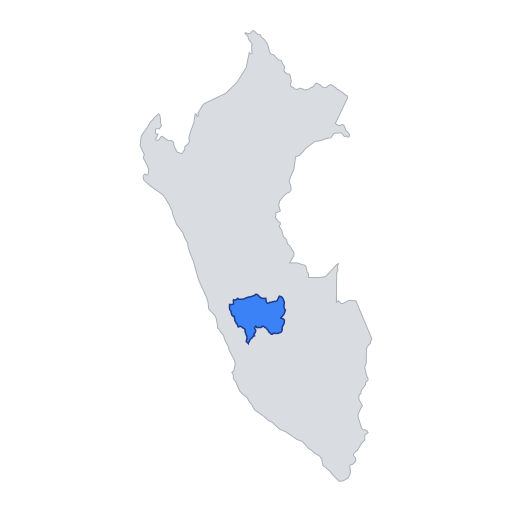 Peru, with Junín highlighted
{"feature_id": "PER-590", "entity_name": "Junín", "entity_type": "Department", "adm_level": 1, "iso_a3": "PER", "parent_name": "Peru", "parent_adm1": "", "projection": "equal_earth", "projection_center": [-74.886, -11.684], "detail": "fine", "context": "in_parent", "style": "filled", "palette": "blue", "viewbox_px": 512, "rotation_deg": 0, "n_neighbors": 0, "source": "natural_earth", "source_scale": "10m", "svg_char_len": 7319}
<svg xmlns="http://www.w3.org/2000/svg" viewBox="0 0 512 512"><path d="M349.5,134.9L349.3,136.5L347.8,137.3L346.5,136.1L344.4,136.5L341.4,132.7L334.1,133.3L330.9,137.7L326.1,138.6L320.8,140.6L314.8,141.5L305.5,148.5L303.3,151.4L299.1,155.5L295.6,156.8L293.9,169.5L290.5,176.9L289.2,181.0L291.0,187.1L291.0,190.1L289.1,192.5L287.5,192.8L284.3,195.4L279.6,201.0L278.7,205.3L280.3,211.0L279.7,211.6L275.8,212.7L275.9,215.9L275.1,217.1L278.4,221.6L280.3,222.7L280.4,223.8L280.0,225.0L279.3,225.5L279.2,226.5L281.6,229.9L283.4,236.6L286.8,239.9L286.9,242.1L287.9,244.2L289.7,245.8L293.9,252.6L294.0,255.7L289.6,262.9L296.8,262.9L304.8,265.3L305.9,266.5L306.8,269.7L306.9,271.9L308.5,273.6L308.4,277.5L318.9,277.6L325.6,276.6L336.7,264.6L338.4,263.6L337.5,266.2L337.4,268.1L337.9,270.1L336.7,273.1L336.4,302.3L338.4,300.7L341.0,303.5L342.8,303.6L348.9,300.3L355.9,300.9L371.9,338.9L370.4,341.5L370.5,343.5L368.5,345.1L366.5,348.2L366.2,363.3L364.6,367.9L365.5,370.2L366.3,375.0L367.8,377.9L368.1,379.8L368.0,380.5L365.7,382.1L365.5,384.8L361.4,390.2L360.7,393.8L359.1,395.0L358.8,399.1L362.4,405.8L360.0,409.8L357.8,415.7L361.4,428.0L362.9,429.8L364.5,429.7L366.9,430.8L368.1,432.6L365.1,434.9L364.7,436.0L364.8,440.0L361.6,443.1L357.2,450.8L356.0,451.2L353.8,453.6L353.4,454.7L353.7,455.8L355.6,458.1L355.8,461.0L352.6,464.4L350.4,464.8L349.6,465.8L350.4,470.5L350.4,472.7L349.7,475.2L348.1,477.9L343.4,480.8L339.2,481.3L332.1,474.2L329.9,471.3L322.8,465.2L321.7,458.9L319.4,455.8L315.0,453.5L311.5,450.3L308.9,448.8L302.5,441.6L296.7,439.3L285.7,431.8L279.8,429.3L272.2,422.3L268.1,420.4L264.9,417.1L254.9,410.1L253.3,407.8L251.8,404.4L249.6,402.3L247.1,397.6L243.4,394.8L239.8,391.1L235.4,381.2L233.4,378.9L233.2,374.4L231.8,372.3L233.9,370.8L235.2,363.8L234.5,360.2L229.4,350.8L228.4,346.8L224.7,339.6L223.4,335.2L220.4,332.0L219.2,329.2L217.5,328.1L217.4,324.7L216.2,318.3L214.6,315.1L208.7,309.1L208.1,302.6L206.8,298.0L198.5,279.6L193.6,261.9L189.6,252.0L187.9,246.3L187.8,243.3L184.8,238.1L183.2,233.3L176.4,224.0L172.5,213.7L172.0,210.6L169.3,205.0L165.0,197.6L162.8,194.7L149.9,185.6L143.8,180.0L143.1,177.2L143.4,175.5L144.7,173.9L146.6,175.1L147.7,174.6L148.6,172.6L148.6,169.5L147.4,165.6L143.3,157.9L144.3,154.5L140.1,145.6L141.1,137.0L142.0,134.8L148.2,126.1L150.0,122.3L152.6,120.0L155.4,116.5L158.7,113.8L159.6,114.7L160.6,119.4L160.4,122.5L161.4,126.0L159.1,129.1L156.6,128.5L155.7,129.2L155.3,130.7L155.7,133.1L156.3,134.1L158.2,134.2L155.7,138.8L155.9,139.7L157.6,140.5L159.3,139.3L161.1,136.7L162.1,136.3L168.4,140.8L171.4,140.3L173.6,142.4L173.9,145.6L177.0,152.0L181.7,153.6L182.5,153.0L183.6,150.7L184.6,150.3L184.8,146.7L188.9,142.9L189.5,140.4L188.9,138.5L189.0,137.1L191.4,128.7L192.1,127.8L192.8,125.1L193.8,123.5L195.1,114.0L196.3,114.1L197.3,116.3L198.6,115.7L197.9,113.6L198.1,112.9L202.6,105.3L204.0,103.7L225.8,93.3L236.7,82.7L246.2,67.7L249.2,52.6L250.3,53.7L252.2,53.3L251.5,47.2L252.0,44.3L251.9,43.5L248.9,39.8L247.7,35.9L245.1,33.6L245.2,32.7L248.0,33.6L250.5,33.2L252.6,30.7L254.2,30.9L257.8,34.4L260.4,34.7L261.3,37.1L263.8,38.9L267.5,44.1L269.1,49.8L269.0,50.8L270.6,53.8L274.2,55.2L277.7,59.4L281.4,60.7L283.0,64.5L284.0,65.7L284.5,67.8L283.9,70.4L284.5,71.7L287.2,74.0L289.5,74.1L290.0,75.1L291.3,81.4L290.4,84.5L290.8,86.3L293.8,87.8L294.7,89.1L297.1,89.4L300.5,88.1L304.8,90.0L308.0,89.3L309.5,88.8L311.1,87.4L312.3,87.5L315.7,83.5L316.6,83.1L320.2,84.9L323.2,87.7L326.9,87.1L328.4,85.5L331.1,84.5L335.9,87.8L337.0,89.4L338.3,89.7L343.5,93.1L344.4,94.4L347.1,95.7L347.7,96.8L347.5,98.0L335.3,123.6L339.1,125.7L342.6,124.4L344.4,126.1L345.8,130.2L348.5,133.0L349.5,134.9Z" fill="#d9dde1" stroke="#a8b0b8" stroke-width="1"/><path d="M285.4,310.0L285.2,310.7L284.4,313.1L283.3,315.1L281.6,317.0L281.0,317.5L280.9,317.6L280.8,317.8L280.8,318.1L281.1,318.3L281.5,318.3L281.9,318.4L282.6,318.8L283.2,318.9L283.4,319.1L283.7,319.3L284.2,319.8L284.3,320.0L284.4,320.4L284.4,320.6L284.4,321.1L284.1,323.2L284.1,323.4L282.3,326.9L282.2,327.1L282.1,327.6L282.1,327.8L282.2,328.9L282.2,329.4L282.1,329.9L282.0,330.5L281.6,331.4L281.5,331.6L281.3,331.9L281.1,332.1L280.4,332.5L278.2,333.3L277.6,333.4L275.7,333.4L274.9,333.5L274.7,333.5L274.5,333.4L274.2,333.2L273.9,333.0L273.7,333.0L273.4,333.2L273.2,333.4L272.7,334.0L272.1,334.3L271.8,334.3L271.0,334.0L270.8,333.9L270.7,333.7L270.4,333.4L270.1,333.1L269.8,332.6L269.7,332.5L269.5,332.3L268.8,332.0L268.7,331.9L268.6,331.7L268.5,331.2L268.4,330.9L268.3,330.7L268.0,330.2L267.0,329.2L265.8,327.7L265.7,327.6L265.0,327.6L264.2,326.7L263.8,326.5L263.4,326.4L262.6,326.2L262.3,326.2L262.2,326.3L262.1,326.5L261.8,327.1L261.7,327.2L261.6,327.3L260.7,327.6L260.3,327.6L260.0,327.6L259.8,327.5L259.6,327.4L259.3,327.3L259.0,327.3L258.3,327.6L257.9,327.7L257.6,327.7L257.3,327.7L257.0,327.5L256.7,327.4L256.4,327.1L256.0,326.3L255.9,326.2L255.7,326.1L255.4,326.4L255.3,326.7L255.3,326.9L255.2,327.0L254.7,327.5L254.6,327.9L254.6,328.1L254.6,328.4L254.7,328.6L254.9,329.0L255.4,329.5L255.5,329.6L255.6,329.9L255.6,330.1L255.7,330.7L255.7,331.0L255.6,331.3L255.0,332.9L254.9,333.1L254.8,333.3L254.6,333.5L254.2,333.6L253.9,333.7L253.8,333.8L253.8,334.1L254.0,334.6L254.1,335.2L254.1,335.3L254.3,335.6L254.5,335.8L253.4,336.2L252.9,336.5L252.4,337.6L252.2,337.8L251.7,338.0L251.4,338.1L251.2,338.3L249.8,340.2L249.6,340.5L249.5,340.8L249.3,341.4L249.2,341.7L249.1,341.9L248.9,342.1L248.7,342.1L248.5,342.3L248.4,342.5L248.3,343.2L248.3,343.5L247.2,342.4L246.6,342.0L246.4,341.8L246.3,341.6L246.3,341.1L246.4,340.4L246.7,339.5L246.8,339.0L247.0,336.8L246.8,335.9L246.5,335.6L245.2,331.9L245.0,331.5L244.9,331.0L245.3,330.1L245.2,329.7L244.2,328.5L242.8,327.9L242.3,327.5L242.2,327.3L242.0,327.2L240.5,326.3L240.3,326.3L239.9,326.3L239.7,326.4L238.8,326.9L238.5,327.0L238.3,327.0L238.0,326.7L237.9,326.4L237.2,324.2L236.6,323.6L236.2,323.3L236.1,323.1L236.0,322.9L235.8,322.1L235.7,321.8L234.9,320.8L234.8,320.5L234.7,320.1L234.7,319.2L234.5,318.1L234.5,317.0L234.5,316.7L234.4,316.4L234.2,316.2L233.8,316.1L233.5,316.1L233.2,316.4L232.9,316.1L232.7,315.8L232.3,315.5L232.1,315.3L231.9,314.9L231.6,314.4L231.0,311.9L231.0,311.4L230.7,310.9L229.8,309.7L229.6,308.7L229.5,306.1L229.6,304.4L230.6,304.6L231.1,304.6L233.4,304.1L233.6,303.1L233.6,302.7L233.4,301.9L233.4,300.5L233.4,300.0L233.5,299.7L233.8,299.8L234.1,299.9L234.9,300.1L235.3,300.1L235.7,299.9L236.2,299.7L237.4,298.5L237.7,298.3L237.8,298.4L238.0,298.5L238.1,299.0L238.3,299.1L238.5,299.3L243.0,299.2L247.1,297.5L248.6,297.0L250.4,296.9L251.1,296.8L251.7,296.4L254.5,295.4L254.8,295.3L255.0,294.9L255.3,294.6L255.7,294.3L256.0,294.2L256.3,294.2L256.6,294.2L256.8,294.3L257.5,294.8L258.4,295.5L259.8,297.0L260.0,297.2L260.8,297.7L262.5,298.4L265.8,298.3L266.1,300.6L266.3,301.5L266.4,301.8L266.9,302.8L267.1,303.1L267.5,303.2L268.0,303.3L268.8,303.0L269.1,302.8L269.4,302.5L269.7,302.4L270.0,302.3L271.0,302.4L271.4,302.3L271.7,302.2L272.1,302.0L273.0,301.6L273.3,301.6L273.6,301.6L274.2,301.4L274.5,301.3L275.6,301.4L276.1,301.4L276.4,301.3L276.6,301.1L276.9,300.9L277.1,300.6L278.5,298.0L279.2,296.3L279.5,296.1L280.1,296.4L280.5,296.5L281.4,296.8L281.6,296.9L281.7,297.0L282.0,297.3L282.3,297.6L283.0,298.7L283.6,300.2L284.3,302.0L284.3,303.1L283.9,306.3L283.9,306.5L283.9,306.8L284.3,308.3L284.6,309.0L285.0,309.7L285.4,310.0Z" fill="#3b82f6" stroke="#1e3a8a" stroke-width="1.5"/></svg>